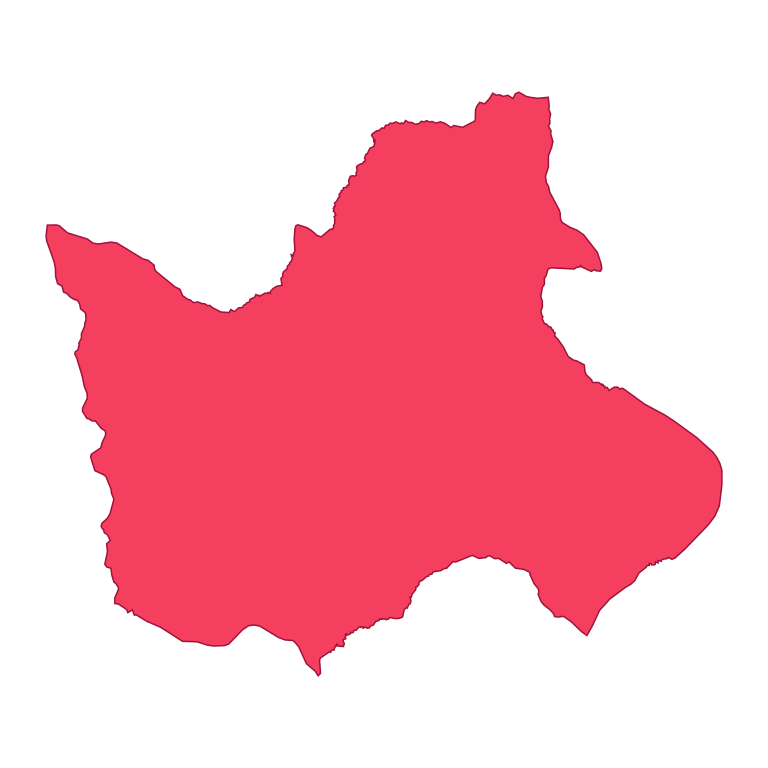 Sambour, Krâchéh, Cambodia
{"feature_id": "14789045B56748216757277", "entity_name": "Sambour", "entity_type": "district", "adm_level": 2, "iso_a3": "KHM", "parent_name": "Cambodia", "parent_adm1": "Krâchéh", "projection": "robinson", "projection_center": [106.055, 13.019], "detail": "fine", "context": "isolated", "style": "filled", "palette": "rose", "viewbox_px": 768, "rotation_deg": 0, "n_neighbors": 0, "source": "geoboundaries", "source_scale": "gbopen_adm2", "svg_char_len": 6060}
<svg xmlns="http://www.w3.org/2000/svg" viewBox="0 0 768 768"><path d="M107.5,551.6L104.8,564.2L106.8,567.0L110.9,568.3L111.9,575.4L113.9,582.0L115.8,583.5L118.4,587.5L118.3,589.8L114.7,598.2L114.8,603.5L118.6,604.1L126.6,609.5L127.9,612.7L132.3,609.9L134.4,615.2L136.1,614.8L146.8,621.3L160.5,627.2L182.5,641.3L197.1,641.8L207.7,645.2L213.8,646.0L224.3,645.6L228.7,644.1L242.3,630.0L248.6,625.7L254.5,625.0L260.0,626.2L278.6,637.5L284.9,639.9L292.5,640.5L294.1,641.4L298.7,646.7L306.5,663.8L315.1,671.1L318.2,675.8L320.5,673.4L319.6,660.7L320.2,658.1L329.0,652.1L330.7,652.4L331.0,650.6L334.3,649.8L334.1,649.0L336.4,644.6L336.7,645.7L337.6,644.6L338.2,646.1L343.0,646.5L342.6,646.0L344.0,645.1L344.3,643.2L343.4,642.3L343.2,639.8L345.8,638.7L345.1,637.0L346.3,635.4L345.5,634.5L346.3,633.8L347.9,635.0L350.6,633.7L350.5,632.4L353.1,632.6L354.0,630.4L356.1,630.3L359.1,627.0L361.2,627.4L361.8,626.7L362.9,627.0L363.2,628.3L365.0,627.0L367.2,628.2L369.5,627.8L370.3,626.0L373.4,625.0L375.7,621.5L379.0,620.5L379.8,618.8L381.1,619.4L382.3,618.6L383.0,619.2L384.5,618.8L386.2,619.7L388.4,619.1L390.0,617.5L395.1,618.6L399.2,618.4L402.6,617.0L404.2,609.8L405.9,607.9L407.1,608.2L409.0,604.2L410.3,603.7L411.0,600.6L410.0,597.3L411.2,597.3L412.3,593.8L415.8,589.7L415.7,587.1L416.9,587.0L418.9,584.5L418.9,582.7L420.7,580.7L422.2,580.5L426.6,576.5L428.7,576.1L429.0,574.9L430.5,574.0L431.8,574.2L433.3,571.8L440.9,570.6L444.2,568.5L446.5,568.4L452.9,561.7L455.7,562.0L471.0,555.8L473.0,555.6L478.8,558.4L486.2,557.5L487.4,556.1L489.8,555.8L494.7,558.7L498.7,558.4L506.4,563.4L509.1,562.0L515.5,568.2L523.9,569.4L529.6,572.2L530.2,575.1L534.1,583.6L538.3,588.9L538.9,591.8L538.1,594.3L541.1,601.5L543.8,604.9L550.3,610.0L553.8,614.1L554.5,616.5L558.5,617.1L563.0,616.3L564.5,616.9L571.4,621.9L581.5,631.6L586.9,635.5L592.5,625.6L599.5,610.5L609.8,599.0L625.2,587.5L630.9,584.2L634.9,580.5L638.8,573.1L646.3,567.1L646.6,565.9L649.4,565.3L649.1,563.6L650.9,563.6L651.7,564.9L654.4,564.8L655.1,564.5L655.7,561.8L658.0,563.0L658.3,560.5L661.3,561.3L661.3,560.3L662.8,559.3L667.4,558.5L668.3,557.4L671.9,559.3L674.9,558.1L685.2,548.8L708.4,524.7L714.8,516.2L719.3,506.0L721.9,484.8L721.9,470.4L719.8,463.2L716.7,457.3L712.8,452.1L697.0,437.8L674.2,421.2L665.1,415.2L644.5,404.1L623.2,388.6L621.9,388.2L620.1,389.1L617.7,387.2L614.4,387.1L609.0,390.4L607.2,387.5L605.0,387.6L604.8,386.1L603.6,386.1L603.0,384.6L601.9,385.0L601.8,384.2L601.3,384.5L598.8,382.5L592.3,382.5L591.8,380.2L586.3,374.7L585.0,371.9L584.3,364.9L577.0,361.0L573.2,360.0L568.1,356.4L563.3,346.9L557.7,339.0L554.6,336.0L555.2,333.0L553.4,331.9L553.2,330.1L552.4,330.1L550.8,327.1L548.8,326.6L546.2,323.9L544.5,323.7L542.3,319.0L542.8,316.5L541.8,315.3L540.9,311.2L542.4,306.9L542.3,301.0L540.8,296.8L542.3,287.5L544.4,284.3L544.4,278.3L546.1,275.8L548.0,269.2L551.0,267.8L574.2,269.0L576.4,267.5L580.1,266.8L580.6,265.6L582.2,267.2L591.4,271.4L594.3,269.6L595.8,270.7L600.5,271.2L601.8,268.6L600.9,263.1L597.3,252.3L583.7,234.9L577.0,230.2L569.8,227.2L562.1,222.4L560.4,218.7L560.2,213.2L559.1,209.7L549.8,192.3L548.5,186.3L546.3,182.5L545.5,176.1L548.4,167.2L548.4,156.0L551.6,147.3L552.9,141.7L550.7,134.0L551.0,130.6L548.5,126.4L549.9,123.3L549.6,119.1L550.6,114.0L548.8,109.2L549.2,105.6L548.2,97.3L537.6,98.3L530.3,97.3L526.1,96.4L518.9,92.2L515.3,93.8L513.0,98.5L507.8,95.3L503.4,96.4L499.6,94.8L496.1,95.1L492.7,93.2L489.3,98.8L484.7,103.8L479.7,102.3L476.7,106.5L475.5,110.0L475.3,119.7L474.6,121.1L462.7,127.3L453.7,125.5L451.3,127.6L444.4,123.1L440.4,121.8L436.0,123.1L431.9,121.4L429.9,122.2L426.5,120.6L424.2,122.0L421.2,121.3L419.4,123.4L415.4,124.3L411.2,122.3L409.0,122.5L405.5,120.5L403.6,123.7L401.6,122.8L400.3,123.9L395.8,121.9L392.6,123.4L389.9,123.2L388.1,125.2L385.7,125.2L384.2,128.3L382.0,127.9L378.5,130.8L376.8,130.7L372.3,133.8L371.6,135.5L373.5,138.4L373.8,141.4L375.0,140.3L375.1,141.2L373.8,146.5L369.9,148.2L367.2,153.9L365.8,154.4L364.5,158.3L365.3,159.3L364.6,161.9L363.8,161.7L362.2,163.8L360.8,163.8L357.2,165.8L356.5,167.5L357.2,170.2L356.0,173.1L356.4,174.9L354.7,176.3L352.8,175.7L350.3,176.3L348.6,180.4L349.2,184.5L347.0,185.6L346.7,187.2L343.3,187.8L343.3,189.5L341.0,191.0L341.3,192.0L339.0,194.4L339.7,196.8L338.5,197.5L336.4,201.5L334.5,202.9L335.4,205.8L333.8,206.9L334.4,207.7L333.3,208.5L334.0,210.0L333.3,211.1L334.9,212.5L334.9,214.2L335.8,215.4L334.1,216.6L335.0,219.3L334.5,220.4L334.8,222.8L333.5,225.9L333.3,228.5L329.9,229.5L321.1,236.9L316.9,235.3L311.4,230.5L306.8,227.6L298.0,224.8L296.0,225.6L294.9,229.0L294.2,238.9L294.9,251.2L293.3,253.6L293.4,255.7L291.2,254.7L292.3,258.7L290.7,262.1L289.6,262.7L289.5,264.4L287.5,265.9L287.1,268.7L283.5,271.8L282.6,274.1L282.8,276.4L280.9,278.4L282.0,285.2L276.9,286.2L273.2,288.4L270.2,291.7L270.4,293.4L267.9,292.5L267.1,293.3L265.1,293.1L259.5,296.3L258.9,295.2L257.7,295.5L255.9,294.5L254.8,297.1L249.9,299.4L249.5,301.9L246.5,303.0L246.0,304.1L243.6,305.3L242.3,307.6L238.8,307.7L234.5,311.6L230.8,309.5L229.2,312.5L221.1,312.1L212.7,307.8L209.8,305.4L207.6,305.6L204.4,303.6L202.6,303.8L197.8,301.9L193.4,302.6L190.3,300.0L187.6,299.2L182.6,295.7L180.0,289.3L175.3,287.1L156.0,271.4L154.4,268.5L154.2,265.3L148.1,260.3L142.9,258.9L117.0,243.1L111.2,242.1L98.2,244.0L93.0,243.1L87.3,239.0L67.6,232.9L59.2,225.7L56.5,225.0L47.3,225.1L46.1,235.8L46.6,240.7L54.2,262.0L55.4,268.3L55.6,276.4L57.6,283.7L62.0,286.1L63.6,292.1L66.9,293.5L69.9,296.8L73.7,299.2L77.6,300.5L79.7,304.1L80.6,308.9L85.0,312.4L85.7,314.1L86.0,320.2L84.9,322.5L84.6,326.3L81.4,333.7L81.4,338.1L78.8,343.2L79.2,344.2L78.0,349.8L75.4,351.6L74.8,353.9L76.7,357.9L82.1,375.6L84.3,386.3L87.0,393.2L87.3,398.2L82.6,408.1L82.5,411.4L86.9,418.4L89.9,419.3L91.4,420.7L95.6,421.2L101.2,428.4L104.9,430.7L105.7,432.8L105.4,435.6L102.0,442.9L100.8,447.8L91.4,454.2L90.6,456.9L94.9,470.7L103.6,474.7L105.9,476.5L111.0,488.9L111.5,493.2L113.9,499.3L110.0,513.8L107.4,518.2L102.1,523.1L101.2,525.6L101.5,527.4L103.8,530.3L104.2,532.7L107.5,534.7L110.2,540.6L106.6,543.8L107.5,551.6Z" fill="#f43f5e" stroke="#9f1239" stroke-width="1.5"/></svg>